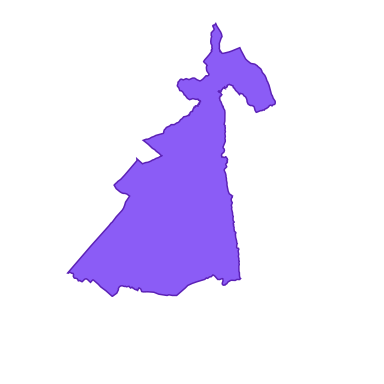 outline of Songwe, Mbeya, United Republic of Tanzania, rotated 221°
{"feature_id": "72390352B69788666323478", "entity_name": "Songwe", "entity_type": "district", "adm_level": 2, "iso_a3": "TZA", "parent_name": "United Republic of Tanzania", "parent_adm1": "Mbeya", "projection": "albers", "projection_center": [32.779, -7.825], "detail": "fine", "context": "isolated", "style": "filled", "palette": "violet", "viewbox_px": 384, "rotation_deg": 221, "n_neighbors": 0, "source": "geoboundaries", "source_scale": "gbopen_adm2", "svg_char_len": 6104}
<svg xmlns="http://www.w3.org/2000/svg" viewBox="0 0 384 384"><g transform="rotate(221 192 192)"><path d="M98.6,157.2L98.6,158.6L99.4,158.5L101.1,159.8L103.4,162.3L104.5,162.9L108.1,166.9L108.8,168.3L110.6,169.8L110.7,170.5L111.1,170.9L111.9,171.1L112.8,172.4L114.9,173.9L115.8,175.6L118.2,177.5L118.6,177.9L119.1,179.5L120.0,180.0L120.8,179.4L121.7,179.3L122.0,179.5L123.7,181.7L124.0,182.8L125.0,183.1L126.2,184.3L129.3,186.4L131.8,188.9L132.0,189.9L132.4,190.2L134.2,190.2L136.3,191.9L136.8,192.7L137.6,193.3L138.2,193.4L138.6,193.7L138.8,194.5L139.9,194.9L140.5,195.8L140.3,196.7L140.9,197.2L141.7,197.2L142.5,197.6L144.2,199.5L144.8,200.6L146.1,201.2L148.0,203.1L151.1,205.2L151.7,206.4L153.6,207.8L154.5,210.3L154.9,210.6L156.0,210.8L157.4,211.9L158.0,212.9L158.2,214.5L158.6,215.1L158.7,214.8L158.9,215.2L159.7,215.5L162.7,215.1L165.3,216.4L170.2,220.2L171.5,221.8L173.8,223.5L174.8,224.7L176.8,226.2L177.2,226.8L179.0,228.1L181.8,229.4L182.4,230.2L182.5,230.8L182.3,233.6L182.4,233.9L184.6,234.9L184.9,235.6L184.7,237.2L185.2,237.4L185.1,238.0L186.2,238.7L186.2,239.6L187.5,240.4L189.2,240.5L189.5,240.8L189.8,240.6L189.9,239.9L190.4,239.1L191.7,238.7L192.1,238.0L192.6,238.0L193.2,238.7L193.7,238.9L194.4,240.2L194.1,243.1L194.9,244.8L196.1,245.6L197.4,245.7L198.1,246.3L200.0,251.9L201.1,253.2L202.3,254.0L203.3,255.8L205.7,257.8L206.3,259.4L207.5,260.3L207.2,259.7L209.0,262.3L210.5,263.1L210.0,263.0L210.3,263.7L212.1,264.1L213.7,267.0L219.3,273.6L220.9,275.1L223.3,275.9L223.8,276.4L224.5,276.4L224.4,276.8L224.6,277.0L226.1,277.3L229.6,279.2L230.8,279.4L231.5,279.8L231.9,280.5L232.9,280.8L233.6,282.8L233.4,283.4L233.2,283.3L233.3,285.0L233.8,284.9L235.5,285.8L237.0,285.0L237.6,285.3L238.1,285.2L238.2,285.7L237.4,286.4L236.0,287.4L236.7,288.7L236.5,289.4L236.8,290.5L236.5,291.2L235.4,291.6L236.1,291.8L236.4,292.6L235.3,292.6L234.6,293.3L234.7,294.2L234.5,294.6L235.3,295.3L235.2,296.2L234.7,296.9L234.7,297.2L234.3,297.8L233.3,297.9L233.0,298.3L231.2,298.7L230.9,299.0L229.2,297.9L228.1,298.1L225.8,297.3L223.0,297.2L222.6,297.3L221.8,296.9L220.0,296.7L220.3,298.1L218.4,299.1L217.6,299.2L216.1,298.7L213.9,298.9L212.1,298.2L210.6,297.2L209.7,296.3L207.5,295.2L205.6,295.3L204.3,295.8L203.4,296.7L201.5,297.1L200.8,296.9L197.8,294.9L195.8,294.3L195.3,295.0L193.8,298.0L193.3,298.8L192.6,299.2L192.4,300.1L191.9,300.8L191.2,301.2L191.3,302.9L190.4,304.1L190.5,304.9L190.1,305.8L190.2,308.1L189.5,309.3L188.1,309.5L188.0,311.2L187.1,312.3L187.3,313.3L188.1,314.4L188.9,315.1L192.2,316.0L194.5,317.3L196.1,317.8L203.9,323.1L207.3,324.8L208.2,325.0L211.2,326.8L213.6,327.8L217.5,328.4L219.0,329.3L220.9,330.0L225.0,329.9L225.5,330.1L228.5,329.7L232.0,327.6L236.6,327.4L239.0,327.6L248.1,331.1L250.6,332.3L254.6,324.3L256.0,321.9L258.9,317.8L259.6,316.9L260.4,316.4L262.5,316.9L262.3,316.5L263.0,316.3L264.8,317.8L265.5,318.1L266.4,319.4L268.9,322.1L270.9,327.0L271.3,329.0L271.7,329.3L273.3,330.5L275.3,331.5L282.3,333.6L284.6,334.7L284.5,332.9L285.3,332.0L285.4,331.2L285.1,330.8L284.3,330.8L284.0,330.3L282.5,329.7L281.8,329.0L281.9,324.8L280.4,322.9L279.2,322.3L278.2,320.2L276.5,317.8L275.1,316.5L273.3,315.8L272.7,315.3L272.1,314.3L270.6,313.4L270.8,312.6L270.4,311.6L270.2,311.4L269.5,311.4L269.1,306.4L269.1,300.1L268.8,298.1L267.9,297.8L265.3,297.8L263.6,297.4L263.6,296.7L262.8,295.3L260.7,293.4L259.7,292.9L256.5,292.1L256.0,291.0L256.6,289.6L257.3,289.3L257.7,288.8L257.8,284.8L258.3,282.3L258.9,281.0L261.8,280.0L264.6,279.7L265.4,279.2L266.4,278.2L267.7,275.3L268.1,274.8L270.8,273.7L272.2,270.8L273.8,270.4L274.5,269.7L274.7,268.9L274.5,268.0L274.6,265.6L274.0,265.2L273.0,262.8L272.4,262.3L270.2,261.9L267.9,260.6L267.5,260.6L266.4,261.4L264.6,261.4L262.6,260.8L261.8,260.2L260.6,260.5L257.0,259.7L254.4,260.1L252.6,263.1L249.9,264.4L248.4,266.0L247.9,266.0L247.6,265.6L247.1,265.6L246.3,266.1L245.5,266.3L245.2,266.1L244.9,265.7L245.3,265.4L245.3,264.4L244.6,264.1L244.6,263.7L244.3,263.3L244.9,263.1L244.9,262.3L244.4,262.3L244.7,261.0L244.1,260.7L245.8,259.4L245.9,259.0L245.4,258.2L246.1,257.6L245.8,257.1L245.9,256.8L245.6,256.6L245.6,255.4L244.5,253.1L245.2,252.5L245.5,251.3L245.4,250.3L244.8,249.6L245.2,248.6L245.1,248.3L244.5,248.2L244.5,247.7L245.4,246.9L245.9,245.5L247.6,243.3L247.6,240.7L248.1,239.1L247.8,236.8L248.1,235.2L248.8,234.2L249.6,231.2L251.9,229.2L252.2,227.1L253.7,223.9L253.5,222.2L253.7,221.0L253.1,219.3L252.3,218.3L252.2,217.3L256.4,211.0L257.2,208.9L258.4,206.8L259.2,204.3L260.3,202.5L261.2,201.8L262.7,199.0L256.2,199.3L250.7,199.0L247.9,199.5L245.7,199.3L241.9,199.6L239.3,199.3L238.6,199.7L238.5,199.4L239.5,197.3L239.8,196.1L241.2,193.8L242.0,191.4L242.8,190.2L243.4,188.2L244.7,185.6L246.3,183.8L247.9,180.8L255.4,180.9L254.2,179.8L254.1,179.1L253.9,160.4L254.1,154.8L255.0,151.0L254.9,149.6L255.2,148.5L255.3,146.1L251.4,144.8L246.7,144.9L244.7,145.2L243.1,145.8L241.7,146.9L240.0,147.7L236.4,148.0L235.5,140.8L234.2,138.0L233.1,135.0L232.7,132.4L232.9,123.6L232.4,116.9L232.7,115.4L232.5,112.0L232.9,84.6L232.7,49.3L232.1,49.6L231.9,50.5L231.3,51.4L229.4,51.8L228.4,52.5L227.2,52.0L226.4,50.6L224.9,49.9L224.1,49.9L223.1,50.7L221.6,51.2L220.4,50.9L219.8,50.4L219.2,50.6L218.5,51.7L216.6,51.9L216.0,52.3L215.8,55.3L215.5,56.4L214.7,57.2L213.3,57.4L209.3,57.2L209.3,59.9L209.1,60.7L208.6,60.9L202.1,60.9L198.7,60.5L192.0,61.0L184.1,60.9L183.6,61.2L182.4,66.3L183.4,69.9L184.3,71.0L184.6,72.6L184.3,74.1L183.3,75.4L181.1,76.3L180.3,77.2L179.3,77.4L177.7,79.5L175.4,79.2L175.2,79.4L175.0,80.5L174.5,80.9L173.2,80.7L172.8,81.1L171.8,80.9L170.3,81.4L169.8,82.1L169.2,81.8L168.4,82.0L169.2,84.5L168.8,85.0L166.8,85.1L164.7,83.9L163.3,84.6L159.8,87.8L155.1,91.3L150.0,93.1L142.9,97.6L142.0,99.3L139.0,101.0L135.7,103.9L134.1,115.2L133.9,118.7L131.9,123.1L129.4,127.5L125.0,134.5L124.8,136.5L123.8,136.9L123.4,137.6L123.1,139.4L121.9,140.7L121.8,143.1L121.0,143.4L119.5,143.5L115.2,142.9L113.6,144.2L112.5,146.4L111.8,146.7L110.3,145.3L109.3,142.9L108.4,142.2L107.3,142.2L106.0,143.5L106.2,144.3L105.6,145.3L105.8,147.7L104.9,150.4L104.3,151.3L101.4,153.6L100.7,155.5L98.6,157.2Z" fill="#8b5cf6" stroke="#5b21b6" stroke-width="1.5"/></g></svg>